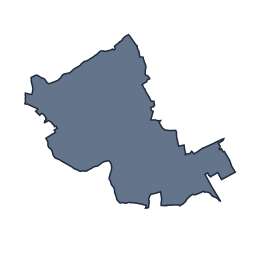 Boianu Mare, Bihor, Romania (Albers equal-area conic projection), rotated 168°
{"feature_id": "2599482B10353811537276", "entity_name": "Boianu Mare", "entity_type": "district", "adm_level": 2, "iso_a3": "ROU", "parent_name": "Romania", "parent_adm1": "Bihor", "projection": "albers", "projection_center": [22.513, 47.387], "detail": "fine", "context": "isolated", "style": "filled", "palette": "slate", "viewbox_px": 256, "rotation_deg": 168, "n_neighbors": 0, "source": "geoboundaries", "source_scale": "gbopen_adm2", "svg_char_len": 5713}
<svg xmlns="http://www.w3.org/2000/svg" viewBox="0 0 256 256"><g transform="rotate(168 128 128)"><path d="M212.9,194.0L212.8,189.7L212.8,188.2L212.8,187.2L212.7,186.6L213.0,185.7L214.5,181.9L215.1,180.8L217.3,181.6L219.8,182.7L220.5,183.2L221.1,183.5L221.5,182.4L221.7,180.9L221.8,179.4L222.4,178.2L222.5,176.5L223.0,174.9L223.8,173.3L223.6,172.8L222.9,172.6L221.6,172.4L217.6,169.4L212.9,165.9L212.3,165.2L212.6,164.8L213.7,164.1L214.9,163.6L213.6,161.5L211.7,158.8L209.2,160.3L207.6,158.5L206.3,155.6L206.4,153.7L206.1,153.7L206.6,153.1L207.8,152.3L207.5,151.4L208.6,151.0L208.3,150.5L204.1,151.8L202.9,150.6L201.4,149.2L201.2,147.8L200.7,147.6L199.7,145.5L199.6,144.6L198.7,144.6L198.1,144.8L197.2,142.4L199.2,141.8L200.7,141.3L200.4,140.8L200.2,140.3L200.0,139.1L199.9,138.8L203.1,137.8L207.5,136.1L210.4,135.1L210.5,134.6L209.8,133.4L209.6,132.4L209.4,131.1L209.4,129.9L209.7,129.0L209.9,128.0L209.8,126.6L209.5,125.5L208.9,124.6L207.8,123.4L207.3,122.4L207.2,121.5L206.9,119.9L206.9,118.5L206.7,116.2L206.3,115.7L205.8,114.6L205.2,113.6L204.8,113.3L204.1,113.0L203.2,112.2L201.9,111.5L200.6,110.2L198.9,108.6L197.3,107.2L194.0,104.3L192.1,102.6L190.6,101.2L189.7,100.1L188.9,99.2L188.1,98.6L187.3,98.3L186.4,97.7L185.5,96.9L184.6,96.1L183.9,95.6L183.3,95.5L182.4,95.5L181.3,95.4L178.7,94.7L177.4,94.5L176.1,95.0L174.1,95.6L172.2,96.1L169.2,97.1L167.8,97.2L166.3,97.1L165.5,97.2L164.5,97.6L163.1,98.2L162.1,98.7L161.3,99.2L160.1,99.6L157.8,100.1L156.5,100.0L155.1,100.1L154.2,100.0L153.2,99.7L152.8,98.9L152.6,98.0L151.9,96.5L152.0,95.3L152.0,94.0L152.1,93.0L153.1,90.1L155.5,85.8L156.8,83.2L157.0,81.7L156.3,79.7L156.0,76.4L155.7,75.3L155.1,74.2L154.5,73.0L154.3,71.9L154.1,70.9L154.1,69.8L154.4,68.4L154.5,67.7L154.3,66.7L154.0,63.9L153.8,62.7L153.7,62.1L153.7,61.8L153.9,61.2L153.8,60.3L153.2,59.0L152.8,58.4L152.4,57.8L151.8,56.8L151.5,56.5L151.3,56.4L151.2,56.3L149.1,56.1L148.0,55.9L147.4,55.6L146.7,55.2L146.2,55.0L145.6,54.8L145.2,54.8L144.7,54.9L143.8,55.1L143.3,55.1L142.5,55.0L142.0,54.9L141.6,54.8L141.3,54.7L141.0,54.5L140.7,54.3L140.2,54.2L139.8,54.3L134.5,52.4L130.4,50.6L126.1,48.4L127.6,45.9L124.5,45.8L124.1,47.1L123.3,49.4L122.7,51.0L122.5,51.7L122.4,52.4L122.8,53.0L122.7,53.6L122.5,54.4L121.9,55.1L121.5,56.1L121.1,56.7L120.5,57.3L119.8,58.3L119.1,58.3L115.4,58.4L111.2,58.7L109.5,58.9L109.3,58.0L109.5,57.4L109.6,55.7L109.7,53.8L109.9,51.6L110.0,50.8L110.2,50.3L110.5,49.6L110.8,48.9L111.1,48.0L111.2,47.6L111.4,47.2L111.5,46.2L111.7,45.3L106.4,44.0L106.3,44.5L104.5,44.2L102.2,43.6L99.8,43.3L98.5,43.1L95.9,42.5L94.1,42.0L93.2,41.7L93.2,41.1L91.9,41.8L91.5,42.0L90.4,42.2L89.7,42.4L89.3,42.7L88.6,43.2L88.0,43.6L86.7,44.3L86.1,45.0L85.9,45.5L85.5,45.9L84.2,46.8L82.4,47.8L81.7,48.5L80.3,49.0L79.5,49.3L78.5,49.6L77.8,49.5L77.1,48.9L76.2,48.7L75.1,48.9L72.9,49.2L70.5,49.7L68.5,50.2L67.0,50.4L66.7,49.6L66.5,49.3L64.9,49.2L64.0,48.9L62.7,48.3L61.1,47.0L60.9,46.2L59.9,44.2L59.0,43.3L57.9,42.7L57.3,42.3L56.1,41.3L55.3,40.5L54.3,39.1L53.8,38.0L52.6,36.8L56.2,47.2L58.1,52.5L62.3,66.5L61.6,66.6L61.4,67.0L61.1,67.3L60.7,67.4L60.0,67.4L59.5,67.3L59.2,67.1L59.1,66.2L59.0,65.5L58.8,64.9L58.4,64.5L57.9,64.0L57.6,63.1L52.8,64.6L49.5,65.7L49.0,64.2L48.6,62.5L48.0,60.6L47.7,59.8L47.6,59.4L47.5,58.8L47.2,58.1L39.6,60.3L32.2,62.5L33.7,66.5L34.3,68.4L34.7,70.0L34.9,72.2L35.3,74.9L36.9,79.8L38.6,85.0L39.4,84.7L39.7,84.8L39.9,85.1L40.3,86.4L41.1,88.5L41.3,88.5L41.9,88.0L42.3,87.5L42.6,87.5L42.8,88.1L43.0,88.6L43.2,88.8L41.7,90.8L42.1,92.4L42.8,94.3L39.5,95.3L37.7,96.1L37.1,96.8L36.5,97.6L36.8,97.6L37.2,97.6L37.5,97.5L37.9,97.5L38.6,97.4L40.1,97.0L42.0,96.5L42.8,96.4L45.5,95.7L46.8,95.3L50.4,94.5L55.8,93.3L59.3,92.8L60.4,92.2L62.3,91.5L63.5,90.9L67.8,89.2L68.6,88.9L69.0,89.6L70.6,92.0L71.6,91.2L72.1,90.6L72.5,90.4L73.0,90.2L73.4,90.2L74.0,90.1L75.7,90.3L77.5,89.9L77.5,90.1L77.3,90.3L77.2,90.6L77.1,91.2L77.0,92.0L77.0,93.2L77.1,94.4L77.1,94.8L77.1,95.3L77.0,95.6L77.0,96.1L76.9,97.5L76.8,98.3L76.7,99.1L76.7,99.7L82.2,99.7L82.3,109.7L81.6,113.0L81.5,114.7L81.9,115.8L84.3,116.2L87.1,116.7L92.1,118.3L94.4,120.9L95.2,123.1L96.4,126.8L95.5,127.6L94.6,128.5L97.1,128.8L99.3,130.1L100.5,130.4L102.0,130.7L103.3,130.9L104.0,131.2L99.9,139.1L101.5,140.4L101.5,141.6L101.5,143.2L100.2,143.5L99.1,143.4L98.7,143.4L98.4,143.8L98.1,144.3L97.4,144.4L97.1,148.8L97.8,149.0L99.0,149.3L99.9,149.5L100.8,153.6L101.5,155.6L102.3,158.0L103.0,159.8L103.1,160.9L103.2,162.1L103.7,163.1L104.3,164.2L105.1,167.5L103.7,168.1L102.1,168.8L100.2,169.3L99.4,170.8L97.9,171.4L96.6,171.5L96.4,172.0L96.6,172.4L96.8,173.1L97.2,173.7L97.7,174.6L98.0,174.9L99.1,175.8L100.1,176.6L99.5,179.5L98.8,181.3L97.7,184.1L97.8,186.8L98.2,188.6L98.6,192.8L98.6,194.2L101.7,195.1L101.5,198.0L101.4,199.3L101.5,201.3L101.9,202.4L102.3,204.6L101.9,206.5L102.7,207.1L103.0,207.8L104.2,210.5L105.2,212.9L105.9,214.8L108.0,219.2L109.5,218.8L111.0,218.5L112.3,217.8L114.0,216.8L116.2,214.7L118.1,214.1L120.4,212.7L122.6,211.7L124.2,210.8L124.1,209.7L124.0,208.5L124.6,207.7L125.1,207.4L125.9,207.4L126.5,208.4L127.6,208.2L128.9,207.8L130.4,207.7L132.2,207.9L133.2,207.5L133.8,207.4L135.4,208.3L136.2,208.5L137.2,208.8L139.0,209.0L142.9,206.7L143.1,206.4L145.1,205.9L146.6,205.0L149.1,204.1L152.8,202.8L154.7,202.2L156.3,202.2L157.3,202.0L159.2,201.0L160.8,200.1L162.0,199.0L168.6,197.0L173.4,194.1L176.5,194.1L179.3,194.1L180.0,194.0L181.3,193.2L182.2,192.5L183.0,191.6L183.7,190.7L184.8,190.4L185.3,190.1L186.5,189.2L191.8,188.3L194.3,187.9L195.8,187.7L196.8,188.2L197.5,189.1L198.2,189.9L198.5,190.9L198.8,191.8L199.0,192.4L199.8,193.5L200.6,194.2L201.5,194.8L202.3,195.2L203.0,195.8L204.3,197.2L205.8,198.5L207.6,198.8L211.9,197.7L212.3,197.5L212.7,194.6L212.9,194.0Z" fill="#64748b" stroke="#1e293b" stroke-width="1.5"/></g></svg>